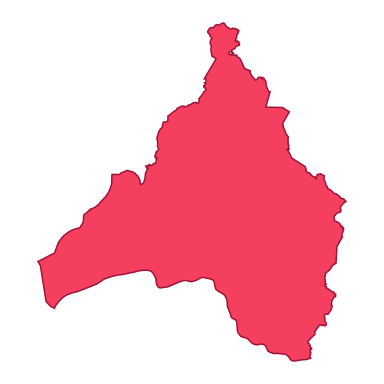 outline of Churumuco, Michoacán, Mexico
{"feature_id": "50627088B90340838344930", "entity_name": "Churumuco", "entity_type": "district", "adm_level": 2, "iso_a3": "MEX", "parent_name": "Mexico", "parent_adm1": "Michoacán", "projection": "albers", "projection_center": [-101.581, 18.721], "detail": "fine", "context": "isolated", "style": "filled", "palette": "rose", "viewbox_px": 384, "rotation_deg": 0, "n_neighbors": 0, "source": "geoboundaries", "source_scale": "gbopen_adm2", "svg_char_len": 5983}
<svg xmlns="http://www.w3.org/2000/svg" viewBox="0 0 384 384"><path d="M297.0,360.7L300.4,360.0L306.4,359.5L310.7,358.2L310.3,356.9L309.8,356.3L310.1,354.6L310.6,354.4L310.5,353.4L310.8,352.8L310.8,352.1L310.3,351.8L310.1,350.5L310.5,349.1L311.5,349.2L311.8,348.8L310.3,347.0L310.2,346.0L309.6,345.8L309.8,345.2L309.4,344.0L308.1,343.2L308.0,341.3L311.4,337.6L314.9,334.4L314.8,331.6L316.0,330.2L316.1,329.7L317.3,327.9L317.9,327.7L318.3,326.4L318.7,326.0L320.3,324.7L321.2,324.9L321.5,325.4L322.3,325.5L323.2,325.0L325.1,325.9L325.4,325.8L326.1,325.0L326.3,324.4L326.1,323.0L324.9,320.9L325.0,318.8L324.6,318.2L324.7,317.1L324.3,315.6L325.2,314.4L325.9,314.0L327.6,314.3L328.2,314.1L331.0,309.8L331.5,308.9L332.1,306.1L332.0,305.4L331.4,305.2L331.6,302.4L332.3,299.7L333.7,297.9L333.9,297.1L335.1,296.9L335.7,296.2L335.2,294.7L335.4,294.5L334.7,294.5L334.8,293.5L333.9,292.2L331.8,291.5L327.6,288.5L326.4,288.0L326.2,287.5L326.5,286.8L325.2,286.4L324.7,284.9L325.6,284.7L326.2,284.2L325.3,283.5L325.3,279.8L324.6,277.7L325.0,276.9L325.7,273.1L329.6,270.0L332.7,265.3L336.0,263.2L336.9,246.7L341.3,238.7L342.5,237.1L342.0,236.4L341.8,234.8L343.1,231.5L343.2,230.1L343.4,229.7L343.8,229.6L343.8,229.2L343.0,228.4L343.1,228.2L342.6,228.2L342.1,227.6L342.7,227.0L341.1,225.9L340.9,225.5L340.2,225.2L340.0,224.0L338.9,223.2L338.5,222.5L337.2,222.0L336.6,221.4L335.5,221.4L334.6,220.9L334.2,220.0L334.6,219.1L334.3,218.9L333.9,217.0L334.1,216.3L335.3,215.3L336.4,213.6L337.7,212.8L339.5,212.5L340.3,211.6L340.7,211.7L341.0,209.8L340.2,208.3L340.9,206.4L343.7,203.0L346.0,201.7L345.9,201.4L344.4,199.9L344.1,199.1L343.3,198.7L342.5,198.9L340.5,197.9L340.0,196.9L336.8,194.2L336.1,193.8L334.0,193.3L330.2,189.6L327.6,188.5L327.4,188.2L327.4,186.6L326.8,186.0L326.1,185.8L325.9,183.8L324.1,179.5L324.0,177.6L324.4,175.8L321.6,174.4L321.0,173.8L320.1,174.0L319.7,174.4L319.2,174.1L317.6,174.4L317.2,174.6L316.5,176.5L316.1,178.5L315.5,177.3L315.1,177.3L314.1,176.6L312.7,176.3L311.8,175.7L309.6,172.9L308.8,172.9L306.3,171.7L306.0,168.8L305.1,166.6L291.7,158.0L288.4,151.0L287.9,150.3L287.0,149.9L287.4,149.0L288.8,149.3L289.2,149.1L288.7,147.8L288.6,144.8L288.1,143.8L288.2,142.3L287.9,138.8L288.2,138.4L288.3,136.8L285.6,133.2L285.5,131.9L283.5,127.7L282.9,123.1L289.3,111.8L284.5,108.9L282.8,107.5L265.8,107.1L270.1,91.7L268.9,91.6L267.8,89.7L266.3,85.8L265.9,81.6L265.4,80.5L264.5,79.6L264.2,78.8L263.8,78.2L262.4,77.4L261.6,78.0L261.7,78.3L260.4,77.1L258.4,77.4L258.0,77.8L257.1,79.3L255.6,80.3L251.7,75.7L250.2,72.7L250.4,70.9L244.6,68.5L240.5,59.4L239.1,57.9L236.6,56.3L236.9,55.2L235.4,55.0L234.6,55.3L233.0,54.9L233.1,54.2L233.7,53.5L233.4,52.9L233.1,52.8L232.3,53.2L230.9,55.1L230.7,54.6L230.1,54.9L228.6,53.0L228.7,52.6L230.0,51.7L230.9,52.0L231.7,51.9L232.0,51.6L232.0,49.7L233.0,49.1L234.5,48.9L235.3,47.9L235.5,47.0L236.8,46.0L239.5,45.2L239.1,44.3L239.4,43.4L238.6,42.5L238.8,41.8L237.0,40.9L236.6,41.5L235.4,41.1L235.1,40.8L236.4,38.1L236.8,34.9L237.7,34.0L238.3,32.2L238.3,31.3L238.9,30.8L237.3,29.4L236.6,29.7L236.5,29.2L235.4,28.5L233.2,28.5L232.3,28.2L231.8,29.0L230.2,29.0L228.6,27.7L227.0,27.3L226.5,26.3L225.5,25.4L224.9,24.0L223.8,23.1L223.3,23.0L220.8,23.9L219.9,25.0L218.4,25.0L216.9,24.6L215.1,25.4L213.5,27.6L212.5,27.8L211.3,27.5L210.0,28.1L209.0,29.1L207.7,31.4L207.9,32.7L208.5,33.5L209.6,34.1L209.7,35.5L212.0,38.7L210.9,39.4L210.5,40.4L210.1,43.2L211.4,46.0L210.8,49.5L211.9,56.0L216.1,58.7L204.2,78.9L206.0,78.9L206.0,81.4L205.6,82.4L204.5,82.7L205.5,84.5L204.9,85.3L203.8,85.7L204.0,87.4L205.0,87.3L205.0,88.2L205.9,89.1L206.1,89.8L205.0,91.1L204.1,91.4L202.3,94.6L199.1,98.4L198.9,99.6L199.3,100.9L198.2,102.8L198.2,103.4L197.0,103.3L196.2,102.4L195.5,102.3L194.8,102.9L193.1,102.7L192.6,103.5L191.2,103.9L190.5,104.7L188.6,105.0L187.8,105.8L185.6,106.9L185.1,107.0L184.3,106.2L182.9,106.1L182.1,106.4L181.3,106.1L179.1,107.7L178.1,107.7L177.3,108.1L177.1,108.7L175.9,110.5L174.2,111.0L173.8,111.6L167.8,116.2L168.1,118.0L167.7,118.7L168.1,120.2L166.9,121.6L165.0,122.0L163.4,122.0L161.9,127.7L160.1,129.3L158.6,132.1L156.9,138.0L156.9,138.9L157.7,142.2L157.5,146.5L158.6,148.6L158.5,149.5L157.3,150.8L156.9,151.7L156.3,151.7L155.9,152.7L156.0,153.5L155.5,153.9L155.5,154.5L155.0,155.7L154.9,156.5L155.3,157.0L155.9,156.9L155.6,157.5L156.9,158.2L157.0,158.5L156.9,158.7L156.2,158.5L156.0,158.8L156.4,159.9L155.6,163.3L155.0,163.7L153.7,163.3L153.2,164.0L151.3,165.5L150.2,165.3L149.6,164.4L149.0,164.6L148.7,165.9L147.5,165.6L146.7,166.2L145.8,166.0L146.6,168.0L148.1,168.0L148.4,168.3L147.2,169.6L146.8,170.7L146.3,171.2L146.3,171.9L145.6,172.8L144.9,178.6L143.9,182.0L143.1,183.4L140.7,184.6L140.0,181.9L139.8,179.8L137.4,175.4L136.1,174.6L135.1,173.3L132.6,171.9L127.1,170.4L120.6,173.2L119.6,174.5L112.0,174.4L111.6,184.3L110.1,188.8L108.6,192.2L105.5,196.9L100.3,202.2L98.9,204.2L94.7,207.5L91.4,208.9L90.1,209.9L90.9,208.6L86.0,213.2L84.2,214.4L83.7,215.3L83.2,222.3L79.3,228.4L78.7,228.1L77.0,228.4L71.5,230.3L68.5,232.1L64.3,235.2L62.4,237.1L58.3,242.6L54.6,252.9L38.0,261.5L40.4,265.7L46.1,301.6L50.8,306.5L54.4,308.3L55.7,305.6L59.1,301.1L62.7,297.5L66.7,295.0L71.3,293.1L77.5,291.6L97.0,283.9L104.5,278.9L112.0,276.4L118.4,274.9L121.0,274.8L133.9,272.2L138.6,270.9L144.1,270.2L149.2,270.5L151.9,271.8L153.9,274.6L155.7,278.2L156.5,283.6L157.2,285.8L158.7,287.5L160.3,287.9L167.8,286.9L179.2,282.0L183.4,280.6L186.8,280.6L189.2,281.4L191.7,281.6L195.6,280.6L201.3,277.6L202.8,277.4L209.6,278.8L212.7,279.8L213.4,280.6L214.3,282.7L215.0,286.6L215.7,289.0L216.0,289.5L219.5,292.0L222.2,293.5L224.4,295.1L226.0,297.5L227.2,301.5L227.4,306.5L230.0,312.9L230.8,316.1L232.0,318.1L235.5,319.9L236.7,321.3L237.4,331.1L238.3,333.3L240.7,336.2L242.5,337.1L245.7,337.8L247.6,338.7L251.5,342.7L253.9,344.2L256.4,344.8L257.6,344.8L261.2,344.0L263.4,344.4L265.7,346.0L267.8,350.9L270.0,352.3L273.7,353.5L278.4,353.5L285.5,354.3L287.3,355.4L289.3,357.7L290.4,359.6L291.7,360.5L293.5,361.0L297.0,360.7Z" fill="#f43f5e" stroke="#9f1239" stroke-width="1.5"/></svg>